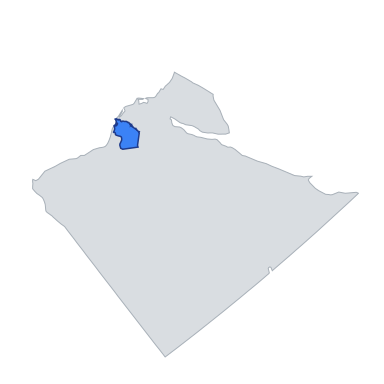 where Al Buhayrah sits in Egypt, rotated 320°
{"feature_id": "EGY-1541", "entity_name": "Al Buhayrah", "entity_type": "Governorate", "adm_level": 1, "iso_a3": "EGY", "parent_name": "Egypt", "parent_adm1": "", "projection": "orthographic", "projection_center": [30.434, 30.698], "detail": "fine", "context": "in_parent", "style": "filled", "palette": "blue", "viewbox_px": 384, "rotation_deg": 320, "n_neighbors": 0, "source": "natural_earth", "source_scale": "10m", "svg_char_len": 5196}
<svg xmlns="http://www.w3.org/2000/svg" viewBox="0 0 384 384"><g transform="rotate(320 192 192)"><path d="M318.6,300.0L311.7,300.4L304.7,300.8L297.7,301.1L290.8,301.4L283.8,301.7L276.8,302.0L269.8,302.3L262.8,302.6L255.9,302.8L248.9,303.0L241.9,303.2L234.9,303.3L227.9,303.5L220.9,303.6L213.9,303.7L206.9,303.8L202.9,303.9L203.6,301.8L204.0,300.4L203.5,299.4L202.1,299.2L201.3,299.5L199.2,303.7L198.1,303.9L195.6,303.9L187.5,304.0L179.3,304.0L171.2,303.9L163.0,303.9L154.9,303.8L146.7,303.7L138.6,303.6L130.4,303.4L122.3,303.2L114.1,303.0L106.0,302.8L97.9,302.5L89.8,302.2L81.6,301.9L73.5,301.5L65.4,301.1L65.6,296.0L65.8,290.9L65.9,285.8L66.1,280.7L66.3,275.6L66.5,270.5L66.7,265.3L66.9,260.2L67.1,255.1L67.3,250.0L67.5,244.8L67.7,239.7L67.9,234.6L68.1,229.4L68.3,224.3L68.6,219.1L68.8,214.0L69.0,208.9L69.2,203.7L69.4,198.6L69.6,193.4L69.9,188.3L70.1,183.1L70.3,178.0L70.5,172.8L70.8,167.7L71.0,162.5L71.2,157.3L71.5,152.2L71.7,147.0L71.9,141.9L72.2,136.7L72.0,135.7L71.1,132.2L70.3,127.7L69.5,122.1L69.4,120.4L67.9,114.6L67.8,113.0L68.3,111.9L71.5,107.3L72.5,105.0L73.4,102.3L73.8,100.1L73.1,96.6L72.2,93.4L72.0,90.2L72.0,87.1L73.7,85.1L75.6,83.2L76.3,82.0L77.4,80.6L78.2,80.0L79.6,82.9L82.6,83.5L92.7,81.5L103.6,84.4L109.7,85.5L119.0,88.0L124.6,91.9L126.2,92.4L130.3,92.5L133.0,94.8L143.7,96.1L149.5,98.6L152.7,100.6L154.7,101.3L156.4,101.2L158.8,100.5L161.7,99.1L165.0,97.2L171.6,92.3L174.0,91.4L175.5,91.6L177.4,91.6L178.2,90.2L179.2,89.3L179.8,88.3L180.8,87.0L184.3,86.7L191.2,84.5L190.4,85.5L184.1,87.9L186.8,88.2L189.6,87.4L192.7,86.9L193.3,85.8L193.7,83.9L194.3,83.6L196.5,84.0L203.0,86.9L204.6,86.9L209.1,85.3L210.1,84.9L211.6,85.8L215.0,89.4L213.8,89.4L210.2,86.3L209.9,87.8L207.9,90.7L210.4,91.8L212.5,92.2L213.7,93.8L214.4,95.2L216.5,94.5L217.9,92.6L217.1,91.6L216.6,90.5L217.3,90.5L218.7,91.3L222.9,94.8L224.3,95.5L225.9,95.4L229.2,94.3L230.2,94.5L234.6,93.0L235.2,94.0L235.9,94.9L239.5,93.8L245.2,93.6L249.8,92.3L255.1,89.3L255.5,88.9L255.8,89.6L256.5,91.5L258.3,96.3L259.9,100.1L261.8,105.4L262.5,107.4L262.7,108.8L265.5,114.6L267.2,119.3L268.5,123.2L270.3,128.8L271.0,130.8L269.9,131.9L267.8,135.7L265.9,147.5L262.7,156.9L262.5,162.7L262.1,164.8L260.5,167.7L258.6,170.7L255.0,169.3L249.1,164.4L245.6,159.8L241.9,156.8L238.4,152.8L237.4,149.9L237.4,148.0L235.8,143.4L234.7,141.2L230.4,136.4L229.2,133.8L228.3,132.7L227.4,131.1L225.7,124.7L224.0,120.7L222.2,121.9L222.6,123.6L221.0,126.0L220.1,128.7L220.9,130.9L224.3,134.3L225.0,135.7L225.8,138.9L225.8,143.3L226.4,144.8L228.9,148.0L229.9,149.9L230.5,151.5L231.3,153.0L233.9,155.8L237.7,161.1L241.2,164.6L243.7,166.3L244.8,168.0L245.2,172.5L245.1,174.7L247.4,178.7L248.2,180.7L250.4,182.3L251.4,184.2L252.4,187.3L254.0,196.4L255.9,198.6L262.0,210.5L267.1,218.0L269.7,223.6L273.5,230.4L281.1,245.3L285.5,249.8L287.3,252.3L290.5,254.2L293.9,257.0L290.7,256.9L289.9,257.1L288.8,257.6L288.4,259.4L288.2,260.9L288.8,268.5L289.9,272.4L292.9,279.7L295.1,281.8L296.2,283.2L297.7,284.2L304.4,286.4L308.6,291.5L317.6,297.8L318.6,299.6L318.6,300.0Z" fill="#d9dde1" stroke="#a8b0b8" stroke-width="1"/><path d="M175.0,91.0L175.7,91.2L176.4,91.3L176.0,91.6L175.9,91.7L175.9,91.9L176.0,91.9L175.8,92.1L175.9,92.3L176.1,92.4L176.3,92.5L177.1,92.1L177.0,92.3L177.1,92.5L177.3,92.5L177.4,92.3L178.0,91.7L178.1,91.9L178.3,91.7L178.3,91.4L178.4,91.7L178.5,91.9L178.6,92.0L178.8,91.9L179.0,91.3L178.7,91.1L178.4,91.2L178.1,91.3L177.8,91.4L178.0,91.3L178.0,91.1L177.7,91.2L176.6,91.3L176.6,91.1L177.3,90.9L178.0,90.6L179.2,89.5L179.6,88.8L179.9,87.8L180.0,86.9L179.8,86.1L180.0,86.5L180.2,87.0L180.5,87.3L180.9,87.3L181.2,87.4L181.4,87.7L181.4,88.1L181.4,88.7L181.5,88.8L181.9,88.9L181.9,89.1L182.0,89.4L182.0,89.5L182.3,89.7L182.5,89.4L182.7,89.5L182.8,89.6L183.0,89.7L183.1,89.8L183.2,90.0L183.3,90.2L183.3,90.4L183.3,90.9L183.1,91.3L183.0,91.7L182.8,91.9L182.8,92.1L183.0,92.2L183.2,92.3L183.4,92.9L183.4,93.0L183.7,93.0L183.8,93.0L183.9,92.9L184.1,92.9L184.5,93.2L184.6,93.3L184.8,93.4L184.9,93.6L185.9,94.9L186.8,95.4L186.9,95.6L187.0,95.7L187.3,96.1L187.4,96.3L187.4,96.6L187.3,96.9L187.4,97.1L187.5,97.2L187.9,97.6L188.1,97.9L187.8,98.1L188.3,98.9L188.4,99.3L188.3,99.6L188.0,99.9L187.9,100.2L188.4,100.2L188.6,100.3L188.7,100.6L188.7,100.8L188.6,101.0L188.0,101.5L188.7,101.4L188.9,101.4L189.1,101.5L188.8,101.8L188.3,102.0L188.2,102.1L188.0,102.4L187.9,102.7L187.9,102.9L188.2,103.0L188.4,103.0L188.7,103.0L188.7,103.3L188.4,103.7L188.3,104.1L188.6,104.3L188.7,104.6L188.7,104.9L188.8,105.9L188.9,106.4L189.2,106.8L189.6,107.0L189.3,107.3L189.2,107.5L189.3,107.8L189.5,107.9L189.8,108.0L189.8,108.3L189.7,108.6L189.6,108.9L189.4,109.1L189.7,109.6L189.8,109.9L189.8,110.1L189.8,110.3L189.7,110.6L189.7,111.0L189.7,111.3L190.3,111.7L190.4,111.9L189.5,112.2L189.4,112.5L189.5,112.9L180.3,121.2L179.5,122.9L166.4,114.7L165.5,112.7L166.7,109.9L167.6,108.9L170.8,107.4L171.6,106.9L172.2,106.2L172.7,105.5L173.2,104.5L173.0,103.6L172.7,103.0L171.8,101.9L170.5,99.8L170.4,99.4L170.3,98.9L170.6,98.3L171.0,97.9L171.2,97.5L171.2,97.4L171.1,96.8L170.7,96.5L170.5,96.3L170.5,96.2L170.4,96.1L170.4,95.9L170.4,95.7L170.5,95.7L171.7,95.1L173.0,94.3L173.2,94.1L173.8,93.4L174.9,91.1L175.0,91.0Z" fill="#3b82f6" stroke="#1e3a8a" stroke-width="1.5"/></g></svg>